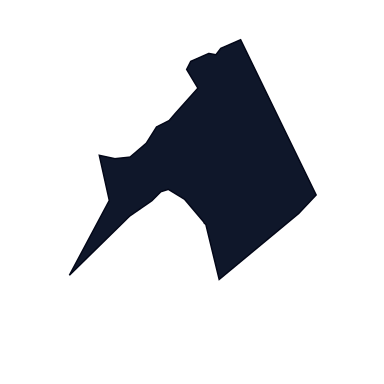 the district of Tari/Pori District, Southern Highlands, Papua New Guinea, rotated 43°
{"feature_id": "67681753B42536665224623", "entity_name": "Tari/Pori District", "entity_type": "district", "adm_level": 2, "iso_a3": "PNG", "parent_name": "Papua New Guinea", "parent_adm1": "Southern Highlands", "projection": "natural_earth1", "projection_center": [142.92, -5.861], "detail": "fine", "context": "isolated", "style": "filled", "palette": "ink", "viewbox_px": 384, "rotation_deg": 43, "n_neighbors": 0, "source": "geoboundaries", "source_scale": "gbopen_adm2", "svg_char_len": 546}
<svg xmlns="http://www.w3.org/2000/svg" viewBox="0 0 384 384"><g transform="rotate(43 192 192)"><path d="M223.6,86.0L123.7,47.5L115.1,67.3L115.9,75.3L109.8,79.2L102.0,97.3L104.5,106.0L125.5,112.0L126.2,145.9L126.6,155.3L121.7,168.6L125.3,187.5L122.9,208.7L112.9,220.2L99.2,228.4L137.3,254.6L159.1,336.5L162.6,257.4L162.6,256.6L162.8,252.2L168.6,225.7L169.0,213.1L172.9,206.2L191.5,202.4L221.0,205.9L222.1,206.4L224.3,206.3L271.5,237.4L284.7,134.8L284.7,127.0L284.8,109.5L223.6,86.0Z" fill="#0f172a" stroke="#020617" stroke-width="1.5"/></g></svg>